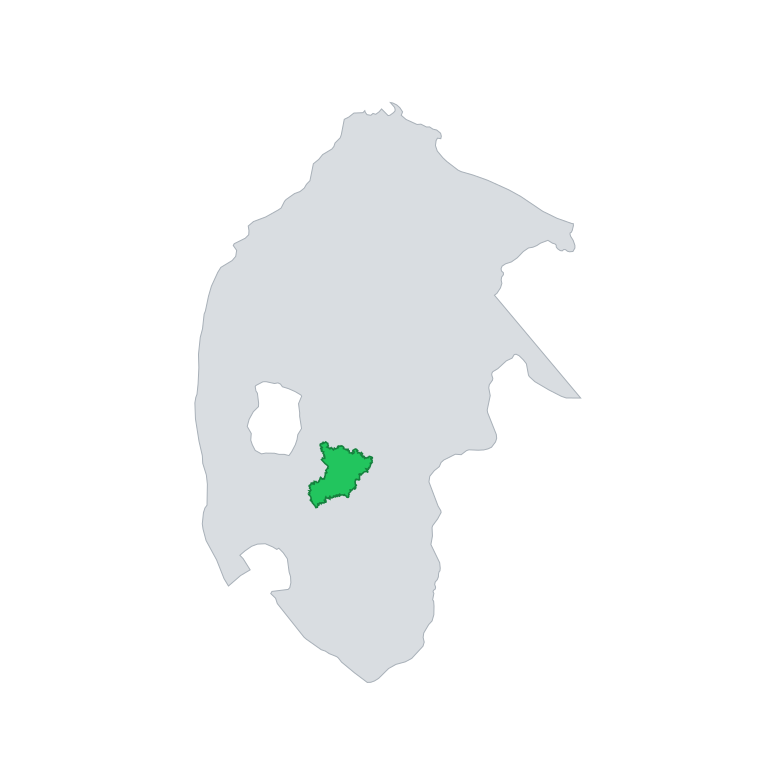 Fezile Dabi, Free State, South Africa (highlighted), rotated 141°
{"feature_id": "47623444B21501715606105", "entity_name": "Fezile Dabi", "entity_type": "district", "adm_level": 2, "iso_a3": "ZAF", "parent_name": "South Africa", "parent_adm1": "Free State", "projection": "natural_earth1", "projection_center": [27.835, -27.476], "detail": "fine", "context": "in_parent", "style": "filled", "palette": "green", "viewbox_px": 768, "rotation_deg": 141, "n_neighbors": 0, "source": "geoboundaries", "source_scale": "gbopen_adm2", "svg_char_len": 9654}
<svg xmlns="http://www.w3.org/2000/svg" viewBox="0 0 768 768"><g transform="rotate(141 384 384)"><path d="M518.7,155.7L535.1,153.3L542.4,154.7L551.2,158.6L559.4,160.0L573.4,158.6L578.2,159.2L582.0,160.5L584.8,162.6L588.7,178.1L592.0,194.6L591.9,200.0L592.4,202.0L596.3,209.0L597.7,213.4L600.0,217.0L605.0,234.7L605.5,237.7L605.1,280.5L603.1,285.7L603.9,292.4L601.6,293.3L587.8,284.7L585.4,285.0L581.4,288.2L577.8,293.2L576.1,297.5L569.1,309.0L568.5,316.3L569.1,322.6L571.4,322.9L573.0,327.4L576.8,334.6L583.1,339.2L589.0,341.2L597.2,341.8L603.8,341.6L603.4,336.8L605.0,323.8L615.9,325.4L632.0,324.9L630.8,333.4L624.8,352.6L620.8,374.3L615.9,385.2L613.2,389.7L605.3,397.6L601.2,400.3L597.8,401.2L584.3,417.3L579.3,425.1L574.8,436.4L570.3,442.6L563.8,455.9L552.5,475.5L542.9,488.3L538.7,492.0L535.8,493.7L528.3,501.2L517.6,513.2L509.5,523.8L497.4,535.9L490.3,541.1L479.8,551.5L476.9,553.1L465.1,562.7L456.6,568.6L442.9,575.4L437.4,577.3L424.4,575.5L418.9,576.5L414.4,580.6L414.0,586.5L412.1,587.3L400.1,584.6L395.2,585.1L392.4,588.2L390.1,592.2L383.2,592.4L371.0,588.3L356.6,585.8L353.2,585.5L346.3,588.6L343.9,589.0L333.7,588.3L328.1,586.4L322.7,586.4L318.6,588.0L313.6,588.6L300.3,599.6L293.3,599.6L287.3,600.9L276.7,599.4L273.5,600.1L270.4,602.1L263.1,602.9L260.3,604.6L248.3,614.7L243.3,613.6L236.9,613.5L229.6,608.1L226.9,608.5L227.6,606.9L227.7,604.0L225.1,601.1L222.3,601.2L220.7,598.8L216.4,598.6L212.8,599.3L211.9,590.0L210.2,589.1L205.9,588.9L203.8,589.2L202.8,590.0L201.7,592.2L201.9,598.7L200.3,596.8L198.5,592.9L197.8,588.8L198.3,583.8L201.5,582.0L200.4,575.7L195.0,564.9L191.8,562.7L189.3,557.1L186.8,555.1L185.6,551.3L183.2,548.2L182.2,543.3L183.5,540.5L185.5,538.9L187.7,541.4L190.3,540.4L194.0,536.9L196.0,531.5L195.9,522.9L195.2,517.5L191.9,503.7L190.4,500.5L183.4,490.5L175.3,477.2L164.8,456.3L159.7,443.7L151.9,418.2L145.2,403.8L137.0,390.4L136.0,389.5L137.1,387.9L141.2,384.8L143.1,384.0L144.2,384.3L145.1,383.5L146.0,381.4L146.6,376.6L148.4,371.6L150.1,369.5L153.8,368.1L156.6,370.0L157.9,371.8L158.4,374.2L159.7,375.4L161.7,375.3L163.1,376.8L164.0,379.9L163.9,382.1L162.8,383.5L163.0,385.3L164.5,387.5L166.2,392.5L173.8,395.0L178.1,395.4L182.2,396.6L186.1,398.8L192.4,399.3L201.0,398.2L208.2,398.7L213.9,400.9L218.0,401.3L220.5,399.9L221.6,397.9L221.2,395.4L222.4,393.8L225.2,393.1L227.5,391.1L229.1,388.0L233.0,385.4L239.2,383.4L242.3,383.5L240.0,249.3L251.2,258.5L253.9,262.8L259.5,275.4L265.3,290.9L266.4,298.3L266.1,300.0L260.6,310.1L260.5,315.1L261.2,321.0L262.6,324.0L264.3,324.9L268.2,323.5L274.3,325.0L285.9,324.3L291.7,325.1L293.2,324.6L294.5,323.4L295.9,319.9L297.3,318.7L302.6,317.2L305.0,315.1L308.8,308.1L320.2,298.8L321.5,296.5L328.5,274.1L330.6,270.9L333.8,268.8L340.2,267.2L343.9,268.1L348.0,270.0L352.5,273.3L359.4,279.4L361.7,280.3L368.5,280.5L372.7,284.5L385.4,287.3L389.0,287.1L393.0,285.0L399.5,285.0L406.5,283.5L410.7,279.6L418.8,255.1L419.6,249.7L420.5,248.2L427.2,245.4L435.3,243.3L437.0,242.2L442.0,235.4L448.6,229.7L453.2,210.1L456.2,205.5L458.1,203.6L459.2,203.5L460.9,202.3L463.1,199.9L465.8,198.4L468.8,197.9L470.8,196.3L471.7,193.7L473.2,192.4L475.5,192.5L476.7,191.6L477.0,189.9L482.0,185.7L482.1,184.0L485.0,179.8L490.5,173.3L495.8,169.6L500.7,168.9L509.8,165.5L513.1,162.4L515.2,158.1L518.7,155.7ZM503.0,444.7L511.1,441.4L517.0,437.1L518.3,429.1L522.9,424.2L524.6,419.6L525.9,413.4L523.2,406.8L519.5,404.8L512.8,399.2L509.8,395.3L505.8,392.1L502.9,388.2L498.3,389.5L491.1,392.6L486.6,395.5L482.8,398.9L476.1,401.3L469.8,412.1L467.7,414.6L462.8,422.5L455.7,426.3L455.5,427.8L457.9,434.2L461.2,440.6L464.7,445.8L464.5,449.1L465.7,451.6L468.8,453.3L474.0,459.8L476.6,461.9L484.6,463.5L485.7,463.1L487.9,459.2L488.2,456.5L493.5,448.0L495.8,445.4L503.0,444.7Z" fill="#d9dde1" stroke="#a8b0b8" stroke-width="1"/><path d="M439.3,334.3L440.6,336.3L440.4,336.3L441.0,337.1L442.8,336.7L443.1,337.4L444.2,337.4L444.8,338.4L445.9,338.2L445.9,338.6L445.6,338.9L445.4,340.1L445.0,340.2L445.2,340.7L445.8,340.5L445.9,341.0L446.5,340.8L446.6,341.4L446.1,341.5L446.3,341.9L446.1,342.0L446.3,342.6L446.5,343.2L445.9,343.0L444.6,343.2L444.7,345.1L446.2,344.9L446.5,346.4L447.5,346.8L447.0,347.1L447.6,349.3L447.5,349.1L446.8,349.3L446.9,349.1L446.8,349.4L446.4,349.2L446.7,351.1L447.1,351.5L448.4,351.8L449.1,351.8L450.0,352.0L450.4,351.5L449.9,349.9L450.5,349.5L451.5,349.5L451.5,349.3L452.3,349.5L451.8,350.8L452.2,350.9L452.7,350.5L452.8,351.0L454.3,352.3L453.1,353.9L454.0,354.8L452.9,355.8L453.9,356.6L454.5,356.3L454.8,356.6L454.4,357.0L455.2,357.8L456.2,359.3L455.1,360.0L455.4,361.8L455.6,361.8L456.2,363.0L456.7,362.8L458.1,364.2L458.7,363.9L458.6,364.5L459.1,364.6L459.0,363.7L459.3,363.6L459.3,364.1L459.5,363.5L459.7,363.3L460.4,363.9L461.1,363.6L462.7,364.2L462.7,364.7L462.9,365.5L464.7,364.5L464.9,365.0L464.8,367.0L465.3,367.2L465.2,367.7L466.0,367.5L466.1,367.9L466.7,367.8L466.6,368.3L467.0,368.4L467.0,368.8L468.1,370.9L466.2,370.8L465.5,372.8L465.0,373.2L465.4,373.9L465.7,375.7L467.3,375.7L467.5,376.0L467.8,376.6L468.1,376.6L468.1,377.0L468.4,376.9L468.5,376.1L469.1,376.1L469.1,376.9L469.3,377.0L469.8,376.7L471.1,377.4L471.9,376.5L472.1,376.7L472.5,376.1L472.3,375.8L471.9,373.4L472.8,373.2L473.4,374.0L473.8,373.8L473.7,372.9L473.9,372.9L473.8,372.4L473.6,371.6L474.8,371.5L474.7,370.5L473.6,369.2L475.1,368.4L474.9,367.1L475.6,366.4L475.1,366.4L475.5,365.4L475.8,365.5L476.1,364.3L476.6,364.0L476.6,363.8L476.8,363.5L477.0,363.7L477.0,363.9L477.3,363.7L477.6,363.8L477.8,364.0L477.7,364.4L478.0,364.6L478.0,364.9L478.3,365.2L478.7,364.6L480.2,364.6L480.0,361.6L479.9,359.3L479.3,356.8L479.2,355.0L480.5,354.4L480.5,353.8L481.6,353.9L482.5,353.7L483.7,353.5L483.8,353.2L483.5,352.8L484.2,351.7L484.5,351.7L484.3,351.0L485.8,351.1L485.9,351.5L487.2,349.9L488.0,349.4L488.2,349.5L488.7,348.7L489.1,348.7L489.8,348.0L489.9,348.5L490.4,348.6L490.6,348.4L490.9,348.6L491.0,348.3L491.6,348.6L491.9,351.4L492.6,351.2L492.7,350.8L492.9,350.5L492.9,350.3L493.3,350.7L494.5,350.0L494.7,349.8L495.1,349.8L495.4,349.3L495.8,349.6L496.1,349.6L496.5,349.1L497.0,348.9L497.6,349.2L498.4,349.9L498.2,350.2L498.3,350.8L498.2,351.0L498.7,351.3L499.5,352.3L499.9,351.7L500.0,351.8L500.7,351.6L500.7,350.7L500.9,350.3L501.2,350.1L501.5,351.1L501.9,351.3L502.1,351.0L502.8,352.0L502.3,352.5L502.8,352.6L503.0,352.8L504.5,351.7L504.5,352.0L506.5,352.3L506.3,352.2L506.5,351.9L506.6,351.0L506.4,350.4L506.6,349.9L507.4,349.9L507.4,348.1L507.8,347.3L508.8,347.5L509.3,348.0L509.2,347.0L510.2,346.8L510.3,346.3L510.7,346.6L511.0,345.3L511.3,345.3L512.0,345.8L512.1,345.2L511.8,343.1L512.4,341.0L513.3,340.7L513.2,340.0L513.3,339.8L513.7,339.7L514.4,340.0L514.5,339.5L513.8,339.1L514.1,338.4L513.8,338.3L513.7,338.0L514.2,337.1L514.4,337.0L514.4,336.6L514.5,336.5L514.3,335.8L514.5,334.5L514.2,333.4L514.8,330.8L513.4,330.1L513.0,330.9L512.4,331.0L511.9,330.9L511.5,331.2L511.1,330.9L510.9,331.4L511.2,331.5L511.2,332.0L511.3,332.2L511.0,332.6L510.7,332.5L510.4,331.6L510.0,331.4L509.5,332.0L509.1,331.8L508.7,332.0L508.4,330.9L508.1,331.5L507.5,331.1L507.6,330.8L507.4,330.6L506.9,330.4L506.6,330.6L506.4,330.5L505.6,329.3L505.4,329.3L505.3,329.6L504.8,329.5L503.6,328.7L503.3,328.8L503.3,329.1L502.9,329.3L502.4,330.2L502.7,330.5L503.2,330.1L503.8,330.3L503.6,331.2L503.0,330.8L502.5,330.8L502.5,331.2L502.0,331.3L501.7,331.8L501.3,331.7L501.1,331.9L501.0,332.4L500.8,332.7L500.2,332.9L500.3,332.5L500.6,332.4L500.7,332.0L500.1,331.4L500.0,331.1L499.3,330.7L499.5,330.2L498.8,329.4L498.5,328.6L498.3,328.9L498.5,329.1L498.3,329.5L498.2,329.8L497.7,329.1L497.3,329.2L497.7,329.8L497.1,330.7L496.7,330.9L496.6,330.7L497.1,330.1L496.2,328.7L496.2,328.2L495.3,328.1L494.8,328.0L493.9,328.6L493.7,328.1L494.1,327.8L494.1,327.7L493.6,327.7L493.5,328.1L493.2,328.3L492.8,327.8L492.6,327.3L492.6,327.0L492.0,327.3L492.0,326.9L491.6,326.4L491.2,326.1L491.0,326.7L491.0,327.0L491.3,327.4L490.9,327.7L490.6,327.2L490.2,327.2L489.7,326.5L489.7,325.8L489.5,325.1L489.3,324.8L488.9,324.8L488.7,325.0L489.2,325.6L489.3,326.2L489.2,326.4L488.7,326.2L488.4,326.4L487.7,326.4L487.6,325.9L487.7,325.7L487.7,325.2L487.5,324.8L486.4,324.3L486.1,323.9L485.6,323.7L485.5,323.1L485.1,323.0L484.5,322.9L484.9,322.4L484.3,322.0L484.1,321.2L483.9,320.7L484.1,319.4L483.4,318.5L483.1,318.4L482.3,318.6L482.1,319.2L481.8,319.7L480.8,319.9L480.9,320.3L480.4,321.2L479.5,321.2L478.9,321.4L477.5,321.4L477.1,321.7L477.1,321.9L477.0,322.5L477.2,322.9L477.1,323.1L476.8,323.0L476.4,322.6L476.2,322.1L475.8,321.7L475.0,321.8L474.6,321.8L474.2,322.1L473.3,322.0L472.9,322.1L472.8,321.8L473.0,321.4L472.9,320.7L472.3,320.7L472.2,321.0L471.8,320.8L471.1,321.2L471.0,321.5L471.4,322.0L471.0,322.5L470.6,322.2L470.1,322.6L469.5,322.5L469.2,322.6L469.1,323.0L469.5,323.5L469.3,324.1L469.3,324.5L468.6,325.0L468.2,326.2L467.1,326.8L466.3,327.7L465.9,327.6L465.4,326.8L465.0,327.0L464.9,326.5L464.1,325.8L464.1,325.4L463.9,325.1L463.0,325.1L462.6,325.7L462.6,326.0L462.0,326.5L461.7,327.1L461.1,327.5L460.7,328.2L460.4,328.5L460.2,329.1L460.2,329.6L459.6,329.6L459.1,329.3L459.3,328.6L459.3,327.9L459.1,327.7L458.8,327.7L458.5,328.2L458.1,328.3L457.2,327.8L456.7,327.9L456.4,328.2L456.0,328.1L455.0,328.2L454.7,328.1L454.2,328.0L452.5,326.8L452.2,326.5L452.3,325.9L452.0,325.8L451.6,326.3L451.4,327.0L451.5,328.9L451.4,329.5L451.0,329.0L451.0,328.4L450.7,328.1L450.2,328.1L449.8,327.5L449.5,327.6L449.2,328.3L448.3,328.7L448.1,328.6L448.1,328.0L447.9,328.0L447.4,328.4L446.7,328.6L446.2,329.2L445.1,329.6L444.7,330.8L444.5,331.1L444.1,331.0L443.9,330.4L443.6,330.2L442.8,330.6L442.3,330.6L442.1,331.4L441.5,331.8L441.1,332.4L441.5,333.3L441.3,334.3L440.2,334.1L439.8,333.7L439.5,333.8L439.3,334.3Z" fill="#22c55e" stroke="#15803d" stroke-width="1.5"/></g></svg>